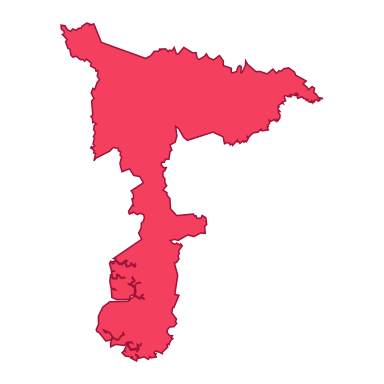 Santiago, Veraguas, Panama (Robinson projection)
{"feature_id": "35544464B94939099957222", "entity_name": "Santiago", "entity_type": "district", "adm_level": 2, "iso_a3": "PAN", "parent_name": "Panama", "parent_adm1": "Veraguas", "projection": "robinson", "projection_center": [-80.96, 7.991], "detail": "fine", "context": "isolated", "style": "filled", "palette": "rose", "viewbox_px": 384, "rotation_deg": 0, "n_neighbors": 0, "source": "geoboundaries", "source_scale": "gbopen_adm2", "svg_char_len": 5939}
<svg xmlns="http://www.w3.org/2000/svg" viewBox="0 0 384 384"><path d="M294.5,72.0L288.6,67.8L283.9,68.7L281.2,71.2L279.1,70.7L276.4,73.2L272.9,69.1L267.2,73.9L259.8,71.4L256.0,71.7L247.7,64.5L245.7,60.9L245.4,65.7L241.9,72.7L240.7,72.5L241.4,66.9L239.7,65.6L238.1,66.8L236.5,71.6L232.2,72.9L231.2,72.0L231.4,68.3L223.2,65.5L223.4,61.0L219.5,55.5L213.6,59.9L208.7,57.8L206.3,53.8L204.4,56.4L198.7,59.7L196.9,57.5L196.1,52.7L192.7,52.9L183.8,47.4L178.1,54.2L176.4,53.8L174.2,47.5L172.2,50.7L169.4,50.1L168.3,51.7L165.6,48.9L161.0,49.0L160.5,50.0L159.7,49.1L158.6,51.2L154.2,51.3L150.8,55.7L145.6,58.4L101.3,42.4L93.8,23.8L89.5,25.3L89.7,24.0L86.8,23.0L81.9,26.3L81.2,28.2L78.3,28.3L76.6,30.3L72.6,29.0L70.6,31.4L67.5,29.8L65.0,25.7L61.0,25.1L61.3,28.9L64.3,31.7L63.8,34.1L62.4,34.5L67.3,39.7L65.6,41.7L67.8,48.2L69.8,49.2L71.1,55.4L72.9,57.2L76.2,56.2L80.4,59.7L82.8,59.5L84.8,61.2L86.4,59.1L91.2,63.0L90.5,66.0L95.3,68.6L96.0,71.2L97.7,70.6L98.1,72.0L97.2,76.1L99.5,79.6L97.0,82.7L94.7,89.5L92.9,88.3L91.2,92.9L93.9,98.5L91.6,101.0L92.7,113.5L92.5,115.5L90.9,116.3L92.3,118.1L92.8,122.7L93.9,122.1L96.4,124.0L94.4,125.1L93.6,129.5L95.5,132.7L93.4,136.5L94.4,138.1L93.0,144.1L94.8,145.5L92.9,147.6L91.5,146.5L90.7,148.0L92.6,149.0L94.3,151.1L93.6,152.8L95.5,153.7L94.0,160.8L96.0,158.1L109.8,151.1L113.0,147.6L118.2,148.3L118.4,150.8L120.6,151.8L120.1,155.3L121.6,156.7L119.9,163.5L122.0,171.8L129.5,168.8L133.8,175.5L139.8,176.5L143.4,182.8L131.2,190.8L133.3,194.2L133.4,198.7L131.9,198.8L133.5,205.6L132.4,205.1L128.5,211.4L129.6,214.8L129.7,213.5L132.1,213.3L133.1,211.9L137.2,214.6L140.3,213.3L143.7,214.7L144.4,217.7L143.3,221.3L141.3,223.2L141.2,227.9L138.6,233.0L141.7,239.3L113.5,258.5L115.7,258.9L118.7,262.9L121.1,263.7L126.2,260.0L127.2,261.2L125.4,261.4L127.0,266.3L130.1,265.6L130.9,263.3L131.5,262.9L134.6,266.6L134.4,265.6L135.4,265.1L135.0,264.1L135.1,263.8L135.7,265.0L135.2,266.5L134.6,267.0L133.1,266.1L131.2,263.7L130.0,266.0L126.7,266.9L124.4,262.3L122.3,264.5L119.5,264.6L115.0,260.3L114.0,261.3L114.5,263.7L113.6,261.7L110.9,261.4L113.2,264.4L110.6,261.7L109.5,263.3L111.5,270.8L115.2,271.2L111.4,271.7L112.7,278.2L117.0,278.2L116.6,275.2L116.9,274.5L117.5,274.3L119.3,275.2L121.6,278.3L123.8,277.1L124.8,277.7L121.4,278.4L117.1,274.7L117.1,278.7L113.1,278.9L111.9,277.8L111.8,275.0L110.6,274.7L109.8,281.2L111.1,288.2L114.4,288.7L115.5,289.9L111.3,288.9L111.8,297.4L116.6,299.6L128.4,299.4L130.4,297.9L129.9,296.3L134.4,294.3L134.7,287.3L132.5,286.8L131.3,284.2L129.8,285.2L128.5,283.7L131.0,284.0L131.9,282.0L134.5,281.3L132.7,278.9L132.0,277.3L132.4,276.9L134.9,280.8L133.9,282.0L131.7,282.7L132.1,285.0L134.8,286.0L136.8,283.1L139.8,282.3L140.4,282.8L136.8,283.4L135.1,286.1L135.9,291.7L135.0,295.0L140.5,298.5L141.2,295.7L143.7,294.1L141.3,297.1L143.6,298.2L144.7,299.6L142.1,298.1L139.8,298.9L134.2,296.0L128.1,301.3L109.7,301.8L102.8,307.1L98.4,316.2L98.5,324.4L96.2,329.6L96.8,331.4L99.5,333.0L105.8,341.0L110.5,340.1L112.5,336.9L109.4,332.9L106.0,332.2L104.8,333.1L105.8,331.8L104.3,331.4L103.5,329.9L109.8,332.6L113.2,337.4L117.4,339.7L118.6,339.3L121.0,335.8L123.0,334.7L123.0,331.8L124.2,334.7L121.4,336.0L118.6,339.9L116.8,340.1L113.7,338.2L112.4,338.7L110.6,342.7L110.7,346.9L115.7,344.4L124.2,345.4L126.3,343.5L125.9,342.1L126.8,343.6L127.7,342.0L131.3,342.0L132.0,342.3L132.4,343.1L130.9,342.2L127.8,343.8L130.6,349.2L136.7,348.3L138.3,349.2L137.3,345.8L137.4,344.5L140.0,345.7L141.0,343.7L141.6,343.2L140.1,346.0L137.4,344.8L138.9,348.5L137.7,350.9L136.3,351.9L137.7,350.2L137.2,349.2L130.8,350.4L126.9,344.4L124.4,349.8L125.3,351.4L124.0,350.8L122.0,352.8L125.3,356.1L132.5,357.1L132.5,358.5L130.2,357.7L136.6,361.0L137.9,356.2L135.9,355.2L135.8,354.5L138.0,355.8L138.8,358.3L144.2,356.9L148.3,359.4L149.9,356.5L151.0,357.9L156.3,357.0L155.3,355.1L156.0,353.7L154.7,354.2L154.1,352.7L156.0,350.8L162.4,353.7L162.4,352.1L167.8,347.1L166.9,344.8L168.2,343.8L169.1,344.7L170.4,340.8L172.8,338.6L171.2,337.6L172.4,335.6L169.4,335.6L167.3,332.7L167.1,330.2L169.6,327.0L173.8,326.7L176.7,323.4L175.4,321.6L176.5,319.1L171.8,313.0L172.7,307.6L173.9,307.5L179.0,295.3L174.8,294.4L177.7,275.5L174.4,263.0L176.4,262.5L179.0,259.0L178.1,255.6L179.4,253.3L178.5,251.1L182.3,245.8L180.6,243.8L179.9,245.0L176.6,243.1L175.7,244.3L172.9,243.5L170.2,240.5L174.6,239.4L178.2,240.4L187.7,234.9L193.9,236.6L200.5,233.0L205.2,233.4L204.7,226.1L206.7,224.6L205.8,217.7L202.1,215.4L201.0,218.2L197.1,218.3L195.9,215.6L194.5,216.1L193.4,214.0L176.7,215.6L170.5,208.8L169.9,198.6L166.9,195.0L167.0,192.6L163.0,190.1L166.7,185.6L165.0,182.9L164.9,178.9L162.9,176.1L163.1,171.4L164.7,170.9L166.3,167.6L164.0,167.8L161.3,165.3L161.7,162.2L164.4,162.2L165.5,159.0L168.9,159.3L170.0,151.7L171.9,150.0L169.9,145.1L175.2,142.1L176.9,135.9L175.6,126.4L178.7,128.6L183.6,137.2L187.4,140.4L212.9,132.1L223.1,136.8L224.5,143.8L226.7,142.6L229.5,143.3L230.1,144.9L232.1,144.0L232.7,145.4L237.4,140.1L237.4,141.8L238.9,141.7L239.9,143.4L243.0,140.8L244.1,142.3L245.3,140.9L246.4,141.8L248.4,138.2L247.2,137.8L247.2,136.4L248.4,137.6L253.0,132.9L257.9,132.2L261.1,129.0L261.1,130.5L262.4,130.8L268.4,129.9L267.2,127.6L268.3,126.7L267.3,125.9L269.6,123.3L269.1,120.2L270.7,121.4L274.5,119.5L275.2,120.9L276.9,119.6L277.0,121.4L277.9,120.7L279.8,118.1L280.0,114.7L278.3,112.6L278.3,111.6L280.0,111.6L277.9,109.0L278.0,107.0L279.1,107.0L278.3,105.6L281.9,103.0L283.2,103.7L282.5,102.1L285.6,100.8L284.2,96.3L285.9,95.5L288.1,96.8L289.2,95.6L290.2,97.0L291.5,96.2L290.7,94.4L295.5,95.5L296.5,94.4L295.6,94.7L295.1,93.7L296.5,93.1L297.9,94.9L296.8,95.0L297.6,98.3L302.1,96.8L303.9,98.7L306.2,98.9L306.1,100.3L307.8,99.7L308.2,101.5L311.0,102.5L311.7,100.7L312.8,102.9L313.3,101.5L314.6,101.9L314.7,100.1L317.3,99.9L318.1,101.2L319.8,100.4L319.1,99.1L323.0,98.5L318.1,97.4L316.2,94.1L313.8,92.8L314.5,88.2L312.1,86.6L308.3,89.8L307.3,87.5L303.1,83.8L306.2,81.0L295.6,75.2L294.5,72.0Z" fill="#f43f5e" stroke="#9f1239" stroke-width="1.5"/></svg>